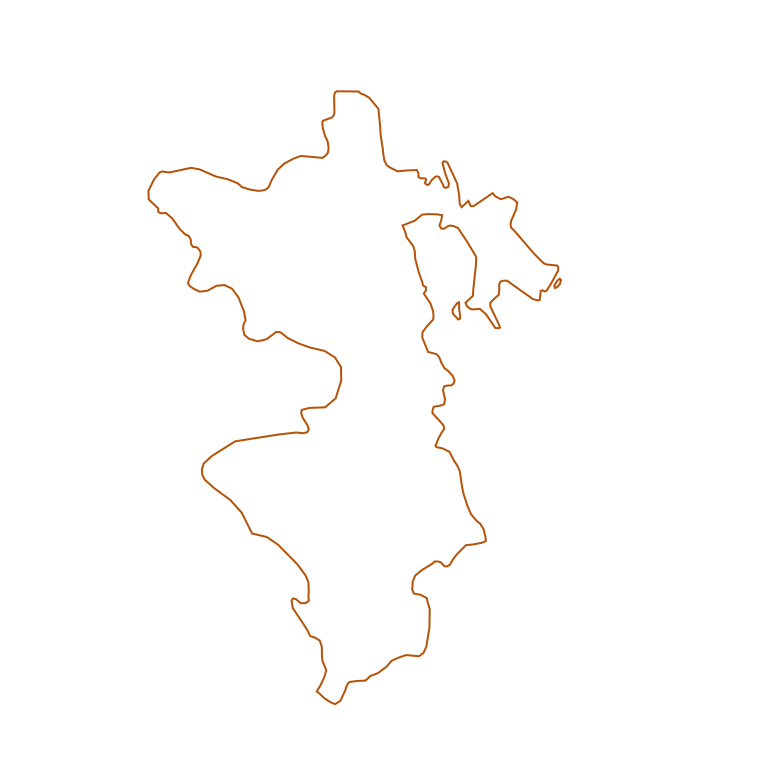 the border of Tajikistan, rotated 74°
{"feature_id": "TJK", "entity_name": "Tajikistan", "entity_type": "country or territory", "adm_level": 0, "iso_a3": "TJK", "parent_name": "Asia", "parent_adm1": "", "projection": "robinson", "projection_center": [70.744, 38.86], "detail": "fine", "context": "isolated", "style": "outline", "palette": "amber", "viewbox_px": 768, "rotation_deg": 74, "n_neighbors": 0, "source": "natural_earth", "source_scale": "50m", "svg_char_len": 4590}
<svg xmlns="http://www.w3.org/2000/svg" viewBox="0 0 768 768"><g transform="rotate(74 384 384)"><path d="M118.5,538.8L121.5,532.1L123.0,509.9L126.8,502.2L138.2,488.4L144.1,477.8L150.7,469.3L155.5,466.4L159.9,459.7L163.6,451.9L164.6,447.1L164.3,443.3L163.1,440.8L156.9,435.6L148.9,427.4L144.6,419.1L142.4,408.5L141.8,401.1L149.7,380.8L148.5,377.4L146.3,374.2L141.9,372.2L135.5,371.3L129.1,372.3L121.1,372.3L115.5,371.2L114.1,369.9L113.5,360.7L112.1,358.6L109.8,356.9L93.5,352.6L90.3,350.8L89.7,348.4L95.8,327.9L98.3,326.3L100.8,323.0L104.6,319.4L118.0,313.5L132.2,316.1L144.9,318.8L157.5,320.3L161.9,321.2L169.1,322.0L173.9,321.3L177.2,318.9L183.3,312.3L185.2,302.3L187.4,293.5L191.0,292.8L194.6,293.8L196.4,292.0L197.1,289.6L197.9,287.5L199.4,287.1L202.0,289.3L203.4,288.7L204.7,287.2L204.3,285.4L201.4,282.3L198.8,277.5L199.1,275.8L200.0,274.1L207.8,272.5L211.3,272.2L212.6,270.5L212.2,267.8L209.2,266.3L198.5,267.1L187.7,266.9L186.4,265.3L187.0,263.5L188.7,262.0L211.2,258.4L223.1,259.7L231.9,261.6L235.4,260.6L231.3,252.4L236.9,251.6L237.7,248.8L230.5,227.0L234.5,225.1L238.6,220.8L238.3,212.7L241.9,208.7L246.2,206.0L252.4,208.7L262.1,216.7L265.3,218.3L268.5,218.8L273.0,216.3L290.4,208.3L300.2,203.8L311.9,197.3L313.9,194.8L317.9,184.9L320.1,184.3L323.0,185.3L333.3,195.5L339.2,202.1L339.2,204.3L337.5,206.0L337.8,207.7L346.2,211.2L346.2,212.8L344.3,215.9L343.3,217.7L342.2,218.4L331.0,227.4L318.6,237.3L318.2,238.6L317.6,241.1L317.7,243.7L319.7,245.7L325.1,247.2L329.9,249.1L332.3,254.3L335.0,259.2L338.8,260.4L357.3,257.3L361.7,256.9L361.9,258.6L360.8,261.6L345.2,266.7L338.2,271.1L336.6,278.8L334.8,281.1L331.6,282.9L328.4,283.3L323.7,274.2L318.2,272.3L310.4,269.1L295.2,262.9L287.3,260.3L272.2,264.3L254.5,269.8L251.7,273.2L249.8,276.8L250.0,279.6L251.3,283.3L250.4,286.1L247.0,287.0L242.0,283.6L237.7,281.6L235.5,286.3L232.9,294.6L231.7,300.7L235.5,309.4L236.7,322.4L243.8,321.7L249.2,321.8L259.4,317.9L264.6,317.8L272.5,319.5L286.3,319.8L297.3,319.1L299.9,319.4L302.5,317.0L305.4,317.8L308.1,320.8L319.2,317.2L327.4,316.7L332.4,317.7L335.4,318.8L340.7,327.3L344.8,332.7L349.8,334.4L365.3,332.8L369.8,325.3L373.8,323.5L380.2,322.9L385.5,321.5L389.6,318.4L395.3,315.7L400.3,315.2L402.8,317.1L403.9,319.7L403.0,323.1L402.8,326.7L406.1,329.0L415.6,329.6L420.1,331.8L420.3,335.9L419.6,342.5L423.6,345.1L425.7,345.3L439.6,338.4L443.5,338.3L446.7,342.1L451.4,346.7L457.7,351.6L459.2,350.9L462.0,345.5L467.3,339.7L477.2,337.8L482.7,336.0L488.5,335.2L506.0,337.5L511.8,337.8L523.9,337.4L533.3,336.2L540.9,332.8L544.8,330.0L551.0,328.3L558.9,328.6L563.1,329.4L563.6,334.2L562.7,343.3L561.5,349.6L567.9,361.1L572.0,366.6L576.0,370.5L576.7,373.6L575.9,376.1L571.1,378.5L569.4,381.2L568.6,384.1L570.2,387.5L573.1,398.4L576.8,406.9L582.0,410.9L589.7,413.6L593.8,413.0L596.8,406.7L601.7,401.9L605.9,402.2L612.7,402.0L630.7,407.5L648.3,415.8L653.5,420.3L655.3,425.5L650.7,437.4L651.0,445.0L652.2,453.2L656.3,459.2L660.2,469.5L661.0,478.1L662.6,480.6L664.0,483.6L662.1,491.5L660.9,499.4L662.6,502.0L668.0,505.9L676.5,513.2L678.3,519.2L675.3,523.0L670.0,527.7L663.2,531.7L661.2,533.4L660.0,532.4L656.5,528.4L648.8,521.8L643.3,518.4L633.1,519.5L627.0,518.3L619.7,516.2L612.9,516.5L608.7,520.4L606.0,524.4L599.2,525.6L589.4,528.6L574.3,533.4L567.0,532.7L565.0,530.6L566.6,527.9L571.8,524.4L573.0,520.1L571.9,516.2L567.1,515.1L565.2,514.5L563.1,513.6L553.7,511.3L546.2,512.2L533.2,517.1L509.3,530.1L498.8,538.8L491.4,552.0L468.6,556.2L453.0,563.8L437.0,576.2L426.3,582.8L421.1,583.7L415.9,582.6L410.7,579.2L405.6,568.9L401.1,553.3L398.1,542.9L399.7,529.7L401.6,514.6L403.5,499.2L406.5,481.5L409.1,475.2L409.2,471.0L406.9,468.8L402.1,469.0L394.6,471.3L389.3,471.7L386.2,470.2L386.5,462.0L390.2,447.0L384.4,434.4L369.0,424.2L355.9,420.7L345.0,423.8L335.9,431.9L328.6,445.0L320.9,455.7L313.0,464.1L307.3,468.1L305.5,469.6L304.3,473.2L308.5,484.3L308.2,493.6L303.5,501.1L298.2,504.7L292.5,504.3L288.0,502.6L284.6,499.5L275.5,498.6L260.7,500.0L250.5,503.8L245.0,509.9L243.4,517.9L245.7,527.9L244.5,535.6L239.8,540.9L236.0,543.9L233.0,544.7L226.6,540.1L216.8,530.2L210.0,524.8L206.3,524.0L204.3,524.5L202.0,525.5L200.7,526.8L199.6,529.8L196.4,530.9L191.9,530.0L187.8,530.9L185.3,534.0L178.4,537.8L166.2,542.0L159.5,546.5L158.4,551.3L156.5,553.5L152.8,552.7L141.8,559.3L133.4,557.2L124.1,548.8L119.0,541.8L118.5,538.8ZM342.5,294.8L335.7,298.3L331.8,297.9L328.7,294.5L326.5,291.3L326.0,289.5L327.1,289.5L332.3,291.0L339.6,292.0L342.2,292.9L342.5,294.8ZM338.8,193.2L336.6,193.4L332.6,189.1L331.2,186.1L332.8,185.2L336.3,187.3L338.6,191.0L338.8,193.2Z" fill="none" stroke="#b45309" stroke-width="2"/></g></svg>